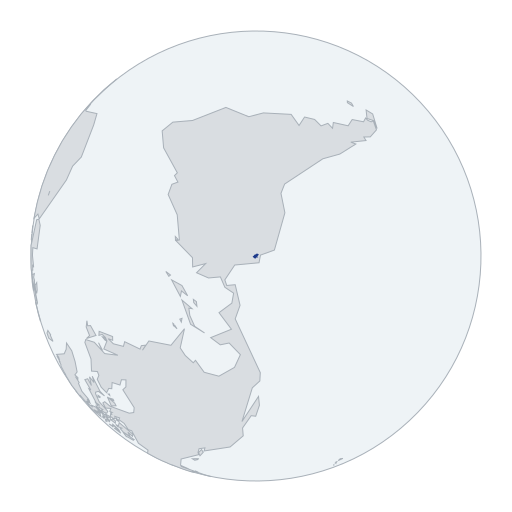 Bolivar highlighted on a globe, orthographic projection, rotated 227°
{"feature_id": "ECU-1277", "entity_name": "Bolivar", "entity_type": "Province", "adm_level": 1, "iso_a3": "ECU", "parent_name": "Ecuador", "parent_adm1": "", "projection": "orthographic", "projection_center": [-79.147, -1.678], "detail": "fine", "context": "on_globe", "style": "filled", "palette": "blue", "viewbox_px": 512, "rotation_deg": 227, "n_neighbors": 0, "source": "natural_earth", "source_scale": "10m", "svg_char_len": 7290}
<svg xmlns="http://www.w3.org/2000/svg" viewBox="0 0 512 512"><g transform="rotate(227 256 256)"><circle cx="256" cy="256" r="225" fill="#eef3f6" stroke="#a8b0b8"/><path d="M164.2,50.3L165.6,49.8L170.6,47.5L175.8,45.5L185.7,42.2L187.7,44.6L199.2,42.3L213.0,45.9L216.2,44.2L223.5,45.4L229.9,44.1L230.6,45.8L235.1,43.4L233.2,42.1L234.5,40.8L238.1,40.1L239.6,42.0L238.1,42.6L240.4,42.8L239.7,44.1L242.1,43.1L243.5,45.9L247.4,42.3L253.0,43.8L252.6,46.0L245.7,46.8L227.5,56.1L224.9,59.8L228.2,63.5L249.0,67.4L249.0,71.6L254.1,76.4L257.3,73.2L254.4,68.5L261.6,64.5L257.3,60.0L259.6,58.0L257.9,53.5L265.6,53.3L274.1,55.8L275.9,59.7L279.7,61.2L284.0,57.2L293.2,65.1L309.5,71.9L311.0,74.5L303.2,78.9L287.8,78.8L277.6,87.3L291.8,81.3L295.5,89.0L299.3,90.3L303.5,90.0L305.1,87.0L307.9,89.9L294.9,96.2L292.1,93.7L296.3,91.5L289.1,91.8L280.3,97.4L282.9,101.5L267.0,107.7L268.6,111.0L266.0,114.6L264.5,108.7L266.9,119.7L248.7,132.9L251.6,154.1L240.5,137.9L231.5,136.4L220.7,137.3L221.0,140.6L206.3,138.8L193.4,146.9L189.2,164.3L194.5,177.3L210.7,177.0L215.4,169.3L227.2,167.2L219.2,188.1L239.8,190.3L238.0,206.2L244.1,214.3L254.3,211.9L265.0,215.7L272.3,206.3L284.3,201.1L284.8,214.0L291.2,202.2L298.1,208.4L321.7,207.9L320.0,210.9L339.9,226.5L360.9,233.7L365.8,243.4L363.3,249.3L370.4,251.2L370.5,255.2L398.1,262.2L411.5,272.7L410.6,286.5L398.4,302.0L385.2,335.3L362.8,345.7L355.6,359.0L335.6,378.3L322.1,376.5L324.5,386.3L315.9,392.0L306.8,392.3L304.0,399.0L297.2,399.1L300.9,403.6L288.4,412.2L290.2,419.4L280.8,426.2L282.2,430.3L279.2,430.2L275.6,431.7L274.8,433.9L266.1,430.1L265.2,420.8L269.5,416.0L265.4,415.2L274.6,403.0L269.8,405.4L273.4,386.8L281.5,371.2L289.1,326.0L284.8,317.0L267.9,306.6L247.8,273.5L253.6,259.9L249.0,253.6L263.9,234.3L259.8,216.9L254.4,214.5L249.2,221.2L230.8,210.7L224.2,197.9L167.8,179.6L162.0,173.6L162.1,163.4L144.5,132.8L151.6,162.1L144.5,156.7L139.0,146.5L142.5,143.6L139.4,128.9L133.2,124.0L134.0,106.8L148.8,85.1L150.5,87.8L153.9,82.9L151.9,79.6L149.8,78.6L158.6,62.8L154.4,58.1L145.8,61.7L153.4,57.5L132.2,68.6L125.3,72.6L137.6,65.2L142.3,62.4L139.8,63.2L144.1,60.6L145.3,59.8L150.7,56.9L157.5,53.6L161.1,51.9L159.1,52.6L159.9,52.2L164.2,50.3ZM48.7,181.5L50.3,176.6L50.3,179.3L48.7,181.5ZM50.7,173.9L50.3,175.5L50.5,174.2L50.7,173.9ZM50.5,173.2L50.7,173.7L50.3,173.7L50.5,173.2ZM50.0,173.0L50.3,172.9L50.2,173.1L50.0,173.0ZM250.7,161.6L274.3,171.8L261.1,173.3L263.6,171.3L257.6,167.0L246.4,163.2L234.8,165.9L250.7,161.6ZM49.9,171.0L50.0,170.4L50.5,169.8L49.9,171.0ZM260.7,149.3L256.6,148.6L260.5,148.4L260.7,149.3ZM148.1,78.8L151.4,79.9L151.6,84.2L148.4,83.5L148.1,78.8ZM148.4,71.9L151.1,71.2L147.1,75.6L146.8,74.6L148.4,71.9ZM138.7,65.3L140.5,64.9L137.3,66.3L138.7,65.3ZM144.4,60.3L144.6,60.2L142.7,61.3L142.8,61.3L144.4,60.3ZM253.8,54.0L255.8,53.8L255.0,54.7L253.8,54.0ZM251.1,52.5L248.8,53.8L247.2,53.3L248.7,52.5L251.1,52.5ZM254.3,51.2L244.7,52.3L241.9,51.5L245.1,48.0L254.3,51.2ZM231.0,42.1L233.2,43.4L228.0,43.0L231.0,42.1ZM227.4,42.3L209.7,44.4L208.3,42.7L214.5,42.1L209.9,40.8L217.9,38.8L222.2,39.0L221.6,40.5L225.1,38.7L227.4,42.3ZM234.6,40.3L231.2,40.7L229.7,39.1L236.3,38.0L234.6,38.8L234.6,40.3ZM204.8,41.7L204.9,40.6L211.4,38.6L212.3,38.0L218.0,38.6L204.8,41.7ZM236.8,38.9L239.7,37.7L243.7,37.9L237.9,39.8L236.8,38.9ZM226.5,39.2L226.1,38.5L228.5,38.5L226.5,39.2ZM259.4,38.9L255.3,38.9L254.1,38.0L259.4,38.9ZM240.5,37.2L239.1,37.2L238.2,36.9L240.9,36.3L240.5,37.2ZM222.2,37.3L224.9,36.9L220.2,36.9L224.8,35.8L227.8,36.6L228.5,35.8L229.9,35.5L230.7,36.5L222.2,37.3ZM240.9,35.0L246.2,36.3L254.1,36.2L255.3,36.9L242.5,37.0L240.9,35.0ZM234.8,35.8L238.9,35.4L238.3,36.2L235.3,37.0L234.8,35.8ZM227.0,34.9L219.0,36.4L218.6,36.3L227.0,34.9ZM243.2,34.8L241.9,34.5L243.9,34.7L243.2,34.8ZM232.1,34.6L229.3,35.0L229.0,34.8L232.1,34.6ZM241.5,33.9L243.2,34.1L241.2,34.5L241.5,33.9ZM237.3,34.0L237.4,33.6L239.5,34.5L236.1,34.2L237.3,34.0ZM232.2,34.3L231.1,34.3L233.4,34.1L232.2,34.3ZM248.1,32.5L251.2,33.5L246.7,34.2L244.4,33.1L248.1,32.5ZM280.3,438.2L266.6,431.5L274.5,434.5L280.9,431.0L287.7,436.1L280.3,438.2ZM298.9,429.2L305.8,427.4L307.1,428.5L302.7,430.1L298.9,429.2ZM417.5,99.0L417.0,98.4L419.1,101.6L432.1,120.3L431.1,122.3L425.6,119.1L410.5,100.7L414.3,98.5L409.0,93.0L399.4,85.7L401.3,86.0L397.9,83.1L398.4,82.5L390.5,75.5L389.8,74.7L382.5,69.6L400.7,83.4L417.5,99.0ZM371.7,62.7L372.9,63.5L361.3,56.9L355.2,53.8L371.7,62.7ZM480.5,275.0L481.1,260.1L480.9,243.8L480.3,237.0L479.8,238.7L478.5,230.7L477.7,230.5L468.6,236.8L462.5,226.6L447.5,195.7L446.8,183.2L440.9,169.2L431.0,122.9L435.4,125.1L435.0,119.3L444.6,132.9L453.2,147.1L460.7,161.9L467.0,177.2L472.3,192.9L476.3,209.0L479.2,225.3L480.8,241.8L481.3,258.4L480.5,275.0ZM442.0,145.4L444.1,149.5L442.0,145.4ZM322.4,207.8L325.3,210.3L321.6,210.3L322.4,207.8ZM259.5,178.5L264.4,178.7L267.0,180.6L263.3,181.3L259.5,178.5ZM300.6,178.4L306.2,179.5L300.4,180.5L300.6,178.4ZM278.0,173.1L296.1,178.0L284.9,181.7L273.5,178.9L281.3,177.7L278.0,173.1ZM258.6,156.3L261.8,157.2L260.9,159.4L258.6,156.3ZM263.5,149.3L262.4,149.5L260.8,147.8L263.5,149.3ZM296.2,88.6L297.4,88.2L301.7,88.5L299.9,89.7L296.2,88.6ZM319.9,83.4L324.0,88.2L319.8,85.3L318.0,87.5L307.0,84.8L311.3,75.7L311.3,80.0L319.9,83.4ZM293.4,79.5L300.0,81.7L292.7,79.7L293.4,79.5ZM378.2,70.1L381.3,71.5L385.3,74.6L386.1,77.5L380.3,72.7L378.2,70.1ZM384.6,72.9L371.0,64.4L369.8,62.9L372.8,65.1L373.4,64.9L378.3,68.5L390.6,76.1L395.0,79.6L394.3,81.9L392.1,78.9L389.3,77.4L384.6,72.9ZM338.0,51.4L332.0,49.3L337.3,48.4L342.2,50.6L343.5,53.0L338.4,52.1L338.0,51.4ZM261.9,45.5L259.3,46.0L258.9,45.3L260.7,44.4L261.9,45.5ZM257.5,39.0L272.9,43.2L270.7,43.8L282.3,46.5L281.0,49.2L273.5,47.3L281.2,51.8L273.9,51.2L279.8,54.3L263.2,49.6L257.0,49.8L264.5,48.4L265.8,45.8L264.6,44.7L256.3,41.9L243.5,41.7L242.8,39.6L245.7,38.2L248.7,37.9L248.2,39.2L252.5,38.0L254.1,39.7L257.5,39.0ZM280.3,32.2L278.5,32.3L287.4,33.0L289.0,33.5L289.9,33.6L293.8,34.5L300.2,35.9L299.9,36.1L302.5,36.6L305.2,37.4L308.7,38.3L309.4,39.2L313.7,40.5L311.6,40.3L318.8,42.3L313.7,41.3L316.7,42.7L320.1,43.0L315.3,49.0L317.2,53.5L321.6,58.1L312.3,56.6L302.2,51.7L293.2,46.1L292.6,42.5L288.5,42.8L287.0,41.3L290.9,41.7L284.1,40.4L283.9,39.3L275.8,36.4L266.0,35.9L262.8,35.1L266.6,34.9L260.8,34.3L265.6,33.5L263.5,33.0L266.1,32.1L274.6,32.4L271.5,32.0L273.3,31.7L280.3,32.2ZM249.2,32.2L258.9,31.6L264.6,31.9L257.6,33.5L258.9,34.0L254.7,35.8L246.5,35.5L248.5,35.0L248.5,34.5L251.1,34.7L249.0,34.1L251.7,33.5L250.8,33.0L254.2,32.8L249.2,32.2ZM430.6,113.6L426.0,108.2L425.4,107.5L427.9,110.4L430.6,113.6ZM422.5,104.2L425.0,107.0L422.6,104.4L420.9,102.5L422.5,104.2Z" fill="#d9dde1" stroke="#a8b0b8" stroke-width="1"/><path d="M257.1,254.0L257.0,254.4L257.0,254.5L256.9,254.6L256.9,254.8L257.0,255.0L257.1,255.3L257.2,255.5L257.1,255.8L257.1,256.0L256.9,256.3L256.7,256.3L256.6,256.5L256.6,256.8L256.5,257.5L256.4,257.8L256.3,258.0L256.1,258.1L256.1,257.9L255.9,257.9L255.7,257.9L255.7,257.6L255.8,257.6L255.7,257.5L255.6,257.2L255.6,256.7L255.6,256.4L255.6,256.2L255.4,256.0L255.4,255.9L255.2,255.9L255.3,255.8L255.4,255.6L255.5,255.6L255.6,255.4L255.4,255.3L255.4,255.2L255.3,254.8L255.3,254.7L255.2,254.5L255.2,254.3L255.3,254.2L255.5,254.1L255.9,254.0L256.0,253.9L256.3,253.9L256.3,254.0L256.5,254.1L256.8,254.1L257.0,254.0L257.1,254.0Z" fill="#3b82f6" stroke="#1e3a8a" stroke-width="1.5"/></g></svg>